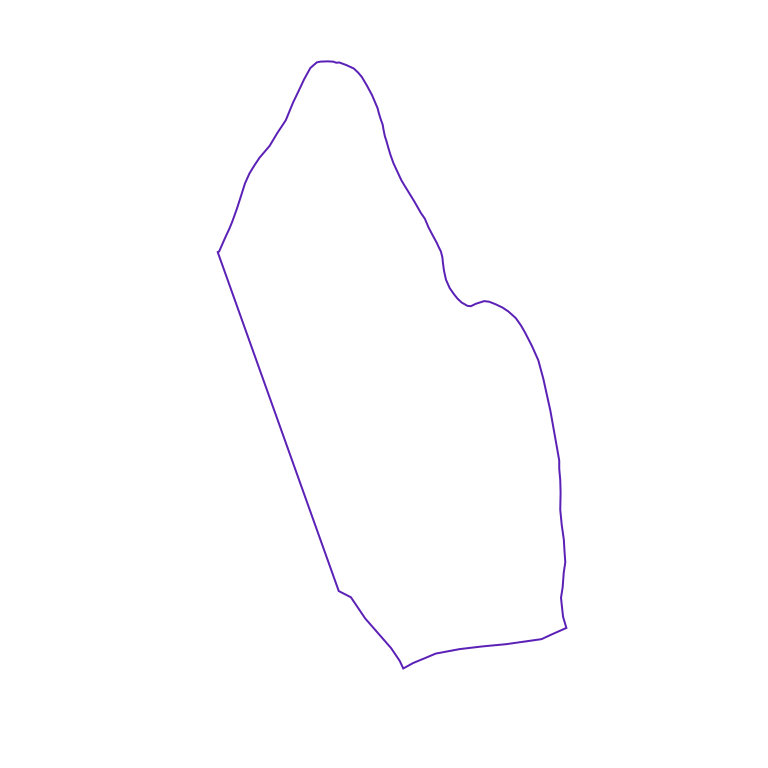 the district of Joyeux, Vieux Fort, Saint Lucia, rotated 326°
{"feature_id": "8701671B17958091241974", "entity_name": "Joyeux", "entity_type": "district", "adm_level": 2, "iso_a3": "LCA", "parent_name": "Saint Lucia", "parent_adm1": "Vieux Fort", "projection": "mercator", "projection_center": [-60.96, 13.783], "detail": "fine", "context": "isolated", "style": "outline", "palette": "violet", "viewbox_px": 768, "rotation_deg": 326, "n_neighbors": 0, "source": "geoboundaries", "source_scale": "gbopen_adm2", "svg_char_len": 1475}
<svg xmlns="http://www.w3.org/2000/svg" viewBox="0 0 768 768"><g transform="rotate(326 384 384)"><path d="M240.9,630.6L252.0,631.6L276.1,636.4L298.5,646.1L318.5,656.4L339.6,667.9L371.9,683.6L383.1,685.4L398.8,688.2L401.7,678.9L402.4,676.9L406.0,670.0L411.2,660.2L418.3,652.6L427.7,640.7L434.6,633.2L440.0,623.8L446.1,613.5L452.6,600.1L459.8,586.8L469.6,572.9L476.4,562.2L481.8,552.4L486.5,545.4L493.8,529.0L506.9,499.4L519.0,468.8L525.2,450.6L527.9,435.2L529.7,420.2L530.3,411.8L530.1,403.1L527.7,393.5L525.0,386.9L521.1,380.3L517.2,374.6L513.4,371.3L504.8,368.8L499.6,368.1L496.9,365.9L493.9,359.8L492.7,354.4L492.2,348.7L492.1,341.1L493.7,332.2L497.1,323.6L500.6,316.5L503.2,311.7L505.3,305.9L505.9,301.1L506.7,296.4L507.5,287.9L508.5,278.9L510.3,269.9L510.2,263.0L511.2,249.9L511.9,233.3L512.0,230.5L512.3,225.1L513.1,219.9L514.0,214.3L515.3,206.2L517.5,197.6L519.9,189.9L522.0,183.6L523.3,179.0L526.1,172.2L527.9,168.3L529.3,162.8L531.2,156.5L532.9,151.8L535.6,137.9L536.7,127.0L537.3,117.2L536.7,111.5L535.4,105.6L531.1,98.5L526.7,92.4L524.1,91.0L522.3,88.5L518.0,85.2L511.6,81.2L508.1,79.8L499.7,80.8L488.2,86.7L474.6,94.8L466.0,99.8L457.0,105.8L450.1,110.4L435.8,116.3L422.4,122.6L407.3,126.8L398.8,130.3L390.4,134.1L381.0,139.9L370.3,148.4L360.1,156.4L348.5,164.9L342.6,168.8L336.6,172.4L332.2,175.1L321.5,181.9L319.9,181.7L319.3,184.0L230.7,530.4L237.3,542.3L237.3,567.9L242.2,607.0L242.2,622.3L240.9,630.6Z" fill="none" stroke="#5b21b6" stroke-width="2"/></g></svg>